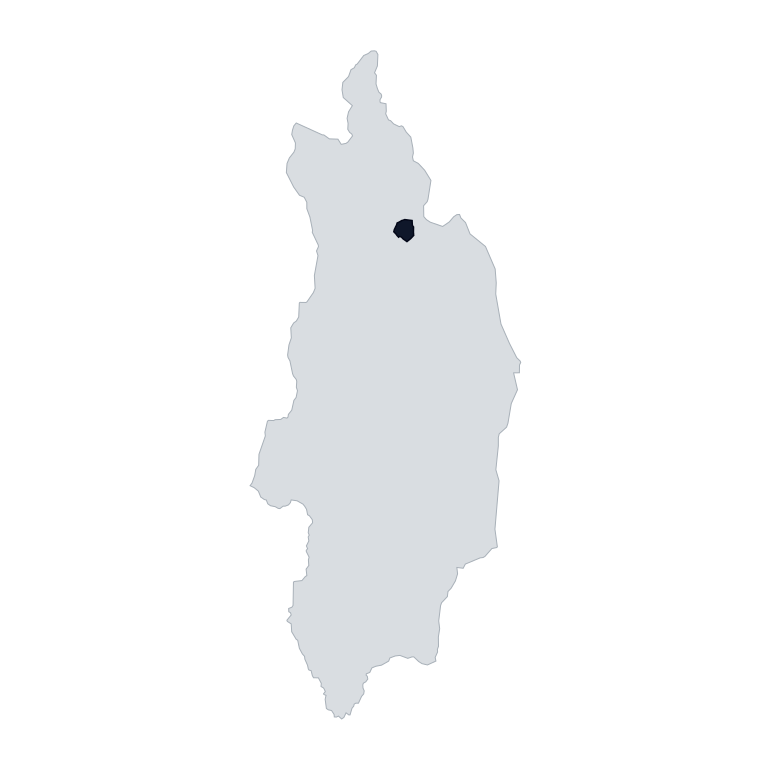 Delgerex, Dornogovi, Mongolia (highlighted), rotated 268°
{"feature_id": "93677404B19423988530826", "entity_name": "Delgerex", "entity_type": "district", "adm_level": 2, "iso_a3": "MNG", "parent_name": "Mongolia", "parent_adm1": "Dornogovi", "projection": "robinson", "projection_center": [111.393, 45.854], "detail": "fine", "context": "in_parent", "style": "filled", "palette": "ink", "viewbox_px": 768, "rotation_deg": 268, "n_neighbors": 0, "source": "geoboundaries", "source_scale": "gbopen_adm2", "svg_char_len": 4307}
<svg xmlns="http://www.w3.org/2000/svg" viewBox="0 0 768 768"><g transform="rotate(268 384 384)"><path d="M53.0,322.7L55.5,322.6L59.5,320.2L60.3,317.0L61.7,315.1L70.9,314.2L74.9,315.2L75.8,313.1L76.6,312.8L78.6,314.6L80.7,313.8L82.3,313.0L83.9,310.5L87.0,310.9L92.6,308.2L92.9,303.3L95.1,302.2L100.0,301.2L100.8,299.0L101.9,298.4L105.5,297.8L111.8,295.3L114.6,295.1L117.1,293.0L122.8,290.2L131.0,288.8L131.8,287.4L139.6,283.1L147.5,282.9L150.1,279.1L151.3,278.7L156.4,283.2L158.7,282.6L159.7,280.9L163.0,280.9L164.1,284.1L165.9,285.4L189.2,286.6L189.8,287.7L190.4,295.1L194.3,298.6L195.2,300.2L201.7,299.7L205.2,302.5L210.8,302.3L213.6,303.1L219.3,300.5L220.5,300.5L222.1,301.9L224.9,300.8L229.8,303.4L233.8,302.9L235.6,304.0L238.0,303.1L243.5,303.9L247.8,307.8L250.9,307.6L254.9,304.9L256.0,303.1L261.5,302.2L264.7,300.4L266.8,298.8L270.3,293.1L271.4,287.2L268.7,286.3L266.5,284.3L265.4,281.1L265.4,278.9L263.1,275.6L263.4,273.9L265.2,271.0L266.3,266.3L268.3,263.7L272.2,262.3L272.7,260.4L275.3,256.9L281.3,254.7L284.9,250.7L287.0,246.6L289.7,248.7L297.0,251.6L303.2,252.9L307.1,255.9L318.1,256.6L336.2,263.6L340.0,263.3L350.8,266.2L351.7,267.2L351.3,272.5L352.1,273.9L352.2,279.6L354.1,282.4L353.3,285.8L354.3,286.9L357.0,287.4L361.1,290.9L370.8,293.4L373.6,295.7L380.3,297.3L383.8,296.3L389.4,296.9L391.5,296.5L395.2,293.8L397.5,293.0L410.4,290.8L414.0,289.0L416.4,288.7L426.4,290.4L433.3,293.0L443.4,292.8L448.1,295.8L450.0,298.6L453.9,301.1L467.9,302.2L468.5,302.8L468.2,308.9L468.8,309.9L477.8,316.6L482.0,318.5L494.8,318.2L514.6,322.5L519.3,321.2L523.5,323.3L525.1,323.2L538.1,317.6L540.0,318.0L553.4,315.8L561.9,313.0L568.3,313.2L573.4,310.8L575.6,306.1L584.0,300.6L598.7,293.8L607.8,294.8L613.2,297.3L618.9,302.1L622.1,303.5L628.0,303.9L636.5,300.5L640.9,301.4L645.1,302.9L647.9,305.4L635.1,331.1L635.0,332.6L630.9,337.9L630.3,346.5L625.0,349.6L625.8,354.4L627.0,356.3L633.0,361.2L635.0,360.5L636.6,358.5L639.8,356.7L645.7,357.2L650.8,356.4L657.3,358.1L663.3,362.1L671.7,353.3L679.5,352.3L686.9,353.4L692.5,359.3L699.3,362.0L701.1,365.4L703.9,366.8L704.7,368.4L713.0,375.2L714.8,379.7L717.2,382.8L717.3,386.1L716.8,387.7L713.5,389.4L702.1,388.5L695.3,385.4L692.8,387.2L684.1,386.5L679.2,387.8L675.8,389.1L673.9,391.2L672.4,391.7L670.9,391.6L668.2,389.9L666.0,389.9L665.3,390.3L664.0,395.8L656.5,395.8L654.0,395.1L647.8,397.7L646.9,399.8L643.6,402.7L640.7,408.2L641.4,410.5L640.5,412.0L635.0,415.0L629.8,419.4L618.9,421.1L613.7,421.4L609.9,420.4L606.1,421.1L603.2,426.0L596.2,432.1L585.8,438.0L567.1,434.4L564.7,433.5L560.8,429.8L549.9,429.6L546.8,432.1L544.1,435.9L539.4,448.1L543.7,454.9L548.7,459.5L550.7,462.7L550.8,465.4L547.3,466.6L542.5,471.1L531.0,475.2L517.9,490.2L495.1,499.1L481.1,499.7L470.0,498.8L439.8,503.0L420.2,510.8L405.6,517.6L402.3,520.8L400.8,521.4L398.3,520.1L390.5,519.7L390.6,513.9L373.6,517.2L360.0,510.5L340.5,506.5L336.6,505.0L330.2,497.4L326.7,496.4L318.1,496.1L294.4,492.8L283.2,495.6L235.0,489.8L217.3,491.6L216.6,490.9L215.8,486.1L208.1,478.8L207.1,476.9L206.9,474.1L201.2,459.0L197.1,456.7L198.1,450.4L191.7,450.9L184.7,448.5L177.6,444.0L174.4,440.7L169.3,439.9L163.4,433.9L160.5,432.8L145.3,430.4L137.5,431.1L129.3,429.5L119.9,429.3L117.0,428.1L114.3,428.2L109.0,425.6L105.3,426.2L101.7,417.6L103.2,412.2L105.4,409.0L110.2,404.3L110.3,402.5L109.0,398.2L112.2,390.4L111.8,385.7L110.0,380.3L106.9,379.0L103.1,371.7L102.2,366.0L100.7,362.0L96.2,359.7L95.0,356.2L93.6,356.0L92.5,357.1L89.7,357.5L87.0,355.4L85.7,352.9L84.0,352.3L80.9,352.4L78.0,353.5L75.0,352.9L72.6,350.7L65.9,347.3L66.0,344.7L65.1,343.0L63.1,342.5L61.1,340.7L54.5,338.5L54.5,337.3L56.7,334.6L52.2,332.3L50.7,330.0L53.7,326.9L52.8,324.8L53.0,322.7Z" fill="#d9dde1" stroke="#a8b0b8" stroke-width="1"/><path d="M531.5,418.9L532.0,418.8L533.5,418.8L534.3,418.7L539.9,419.0L540.0,418.9L540.4,418.6L540.7,418.4L540.9,418.3L541.1,418.2L541.3,418.1L541.5,417.9L541.8,417.9L545.1,417.8L546.4,417.8L546.7,416.1L546.8,415.1L546.9,414.7L547.6,410.5L547.4,409.8L547.0,408.9L546.8,407.6L546.6,407.2L545.5,405.2L545.0,404.1L544.5,402.8L543.1,402.3L542.2,402.0L540.5,401.0L539.2,400.4L538.2,399.8L537.2,399.5L535.8,399.1L533.5,401.2L531.8,402.3L531.3,402.8L530.2,403.7L530.9,404.5L530.4,406.4L528.2,408.3L527.3,409.6L525.5,411.9L528.4,415.8L531.5,418.9Z" fill="#0f172a" stroke="#020617" stroke-width="1.5"/></g></svg>